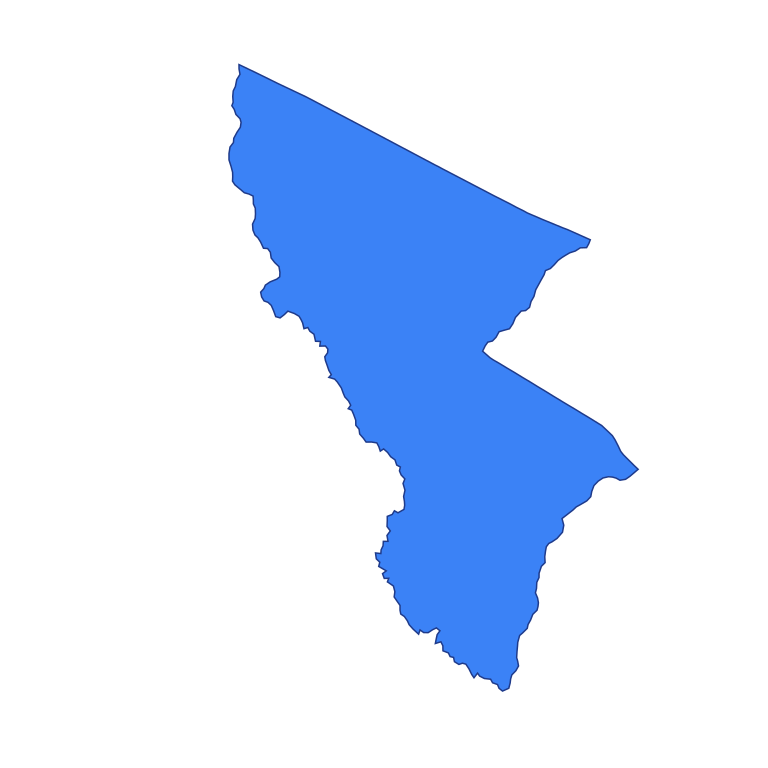 Glória D'Oeste, Mato Grosso, Brazil (orthographic projection), rotated 25°
{"feature_id": "56859067B39077637769127", "entity_name": "Glória D'Oeste", "entity_type": "district", "adm_level": 2, "iso_a3": "BRA", "parent_name": "Brazil", "parent_adm1": "Mato Grosso", "projection": "orthographic", "projection_center": [-58.306, -15.871], "detail": "fine", "context": "isolated", "style": "filled", "palette": "blue", "viewbox_px": 768, "rotation_deg": 25, "n_neighbors": 0, "source": "geoboundaries", "source_scale": "gbopen_adm2", "svg_char_len": 3890}
<svg xmlns="http://www.w3.org/2000/svg" viewBox="0 0 768 768"><g transform="rotate(25 384 384)"><path d="M650.4,353.9L645.0,352.1L639.5,350.1L635.6,348.7L630.7,346.9L627.0,345.0L622.2,341.0L616.9,336.9L612.8,334.3L606.9,332.3L598.8,329.6L593.6,329.0L583.4,327.8L575.6,327.0L568.8,326.2L560.8,325.4L554.0,324.7L543.1,323.5L532.9,322.3L524.2,321.4L516.7,320.5L506.0,319.4L497.4,318.4L488.1,317.5L480.1,316.6L473.0,316.0L469.0,315.4L459.5,312.6L459.6,306.6L460.4,302.2L464.1,299.2L465.8,294.3L466.2,288.0L469.8,284.8L474.4,280.9L475.3,274.9L475.0,268.1L476.2,264.3L477.5,259.9L481.3,257.6L483.5,253.0L482.4,247.1L482.9,241.3L481.7,234.5L482.1,228.5L482.4,223.8L482.9,217.3L482.4,213.0L486.0,209.0L488.0,203.6L489.5,198.5L491.8,194.2L494.0,190.8L496.9,186.6L501.2,182.6L504.4,177.6L510.0,174.8L510.3,170.3L510.0,166.1L485.1,166.5L479.9,166.9L458.1,167.9L441.5,168.4L437.6,168.1L429.2,167.9L422.6,167.5L403.9,166.9L395.3,166.5L345.9,164.3L341.6,164.0L337.2,163.9L296.4,161.8L247.1,159.3L192.3,156.7L160.8,156.5L137.1,156.0L117.6,155.8L119.5,159.8L122.6,164.2L121.9,170.4L123.6,177.2L123.5,182.1L125.4,187.3L128.2,192.4L128.5,196.1L132.2,198.4L135.9,202.3L141.4,204.4L143.9,207.3L145.3,212.0L144.4,217.8L144.0,224.8L145.5,228.8L144.3,234.3L146.1,240.6L148.8,246.4L153.5,251.5L157.3,256.1L159.3,260.1L161.0,264.2L164.7,266.5L170.0,267.9L176.6,269.7L181.4,268.9L185.9,269.0L187.9,272.6L189.5,276.0L193.0,279.0L195.7,284.3L197.3,288.5L197.3,294.7L200.2,299.9L204.1,303.5L208.0,304.8L212.2,307.5L217.4,311.9L221.3,310.4L225.3,312.6L228.5,317.5L233.6,320.1L239.2,322.0L242.5,326.8L244.2,330.9L242.5,334.3L237.6,339.6L234.7,344.5L234.8,348.3L233.4,352.9L236.3,356.8L240.2,359.4L244.3,359.0L248.6,360.4L252.9,364.2L257.4,368.7L261.9,368.0L264.4,363.1L266.1,358.6L273.0,358.0L278.4,358.5L281.5,360.6L284.4,363.0L288.1,367.7L291.1,365.0L294.5,367.5L299.5,368.5L303.9,374.2L308.4,372.3L309.8,376.8L314.9,374.3L318.4,376.1L319.7,379.6L318.8,384.3L321.0,387.5L323.8,390.3L328.3,395.0L332.3,397.8L331.2,401.3L337.2,400.4L340.8,401.9L347.0,405.6L351.1,409.7L354.0,412.3L359.1,414.4L362.8,417.3L362.0,421.5L365.8,421.3L369.2,424.3L373.7,428.8L375.9,433.3L380.5,435.5L383.1,439.6L388.3,441.9L392.3,444.2L397.1,441.9L402.4,440.4L405.8,443.0L409.0,446.4L411.1,443.0L416.2,444.5L420.8,447.1L426.0,448.1L429.8,452.1L433.9,452.3L434.7,456.2L438.0,459.2L443.0,461.2L443.3,466.1L447.9,471.4L449.3,477.6L452.2,481.9L454.0,485.2L455.1,489.2L451.1,494.8L447.0,494.5L446.6,498.7L442.9,502.6L444.6,506.2L447.0,511.9L451.8,514.5L450.7,520.0L454.1,524.9L449.9,526.9L451.5,531.0L451.5,535.6L452.8,539.0L447.7,540.7L450.9,545.7L455.5,547.3L456.3,551.6L460.9,552.0L465.0,552.4L462.8,556.5L466.4,560.1L470.4,558.1L470.7,561.9L477.9,563.1L481.6,567.6L483.2,572.7L487.6,575.3L492.1,577.9L494.1,582.2L496.4,585.4L500.7,586.1L505.2,588.7L508.5,591.5L514.1,593.9L521.1,596.1L520.6,591.7L525.0,592.5L529.1,590.7L532.0,586.0L534.6,582.9L539.0,584.0L538.1,588.7L538.9,592.3L540.2,597.5L544.5,593.6L548.0,596.4L550.2,600.9L556.0,600.5L559.1,603.1L562.6,602.4L565.2,605.9L570.4,606.5L573.1,603.9L576.6,603.3L581.3,606.2L586.3,610.2L589.7,612.2L591.0,606.5L594.1,608.3L599.4,608.5L605.4,606.5L608.7,608.9L613.9,608.4L616.9,611.2L621.2,612.2L625.7,607.0L624.7,601.7L623.4,597.7L622.8,593.6L624.7,588.1L625.1,582.7L622.2,578.6L619.9,576.0L617.7,570.5L615.8,565.2L614.4,561.6L613.2,554.6L614.8,551.1L617.1,544.9L616.2,541.1L616.6,536.0L616.2,529.9L618.3,524.3L617.6,520.6L616.4,517.0L613.6,513.0L609.5,509.3L608.6,504.8L606.3,499.2L606.3,493.9L604.5,489.9L603.7,482.7L605.5,477.8L602.7,472.6L601.0,467.2L599.9,462.9L600.7,458.9L603.0,456.0L606.1,450.8L608.4,442.9L606.6,436.0L602.2,430.7L608.5,418.4L610.2,414.1L612.9,410.4L617.2,404.2L619.0,398.7L617.7,393.6L617.2,387.3L619.2,381.5L622.2,376.6L626.6,373.2L630.4,371.8L634.2,371.2L638.5,371.5L643.2,368.3L645.9,363.7L650.4,353.9Z" fill="#3b82f6" stroke="#1e3a8a" stroke-width="1.5"/></g></svg>